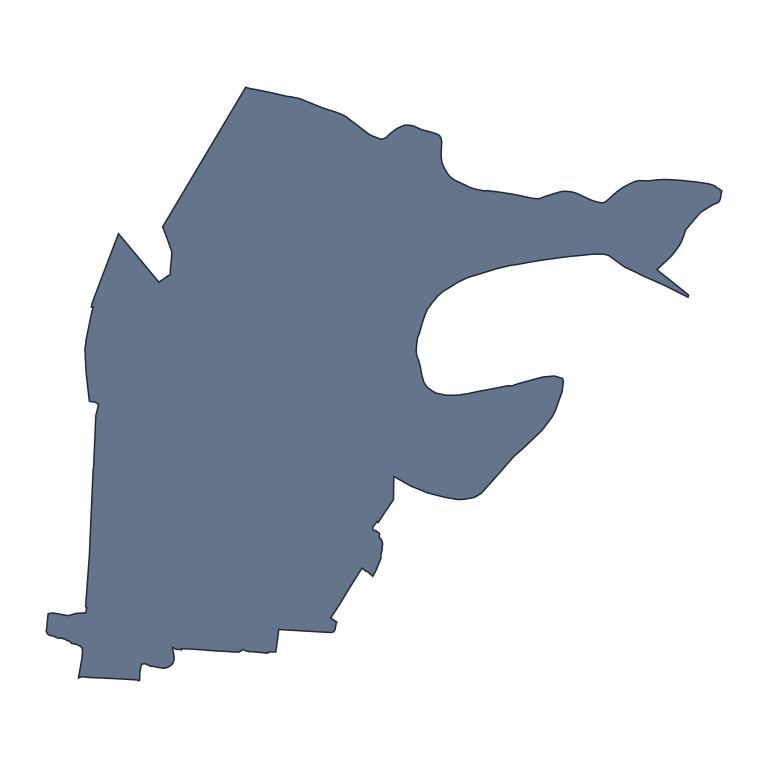 Mahmudia, Tulcea, Romania
{"feature_id": "2599482B4733936429488", "entity_name": "Mahmudia", "entity_type": "district", "adm_level": 2, "iso_a3": "ROU", "parent_name": "Romania", "parent_adm1": "Tulcea", "projection": "albers", "projection_center": [29.111, 45.091], "detail": "fine", "context": "isolated", "style": "filled", "palette": "slate", "viewbox_px": 768, "rotation_deg": 0, "n_neighbors": 0, "source": "geoboundaries", "source_scale": "gbopen_adm2", "svg_char_len": 5090}
<svg xmlns="http://www.w3.org/2000/svg" viewBox="0 0 768 768"><path d="M245.6,87.3L244.5,89.3L222.5,126.3L208.0,150.6L162.6,226.9L162.7,227.2L163.5,229.1L166.9,237.9L170.1,247.0L171.7,251.3L171.8,252.4L171.6,256.5L170.5,268.3L170.2,272.1L170.3,273.8L170.4,274.7L169.9,275.3L169.2,275.6L168.6,275.3L168.3,275.5L164.4,278.5L158.9,282.1L118.5,233.7L107.3,262.9L105.0,269.1L104.2,271.1L93.7,298.9L92.2,303.1L91.3,307.1L92.9,307.2L93.3,307.2L92.5,309.6L92.0,310.9L85.9,340.8L85.9,343.3L85.7,344.2L84.9,348.5L86.1,372.4L89.0,398.4L89.4,401.4L95.6,402.2L96.5,402.9L98.6,404.5L95.9,415.2L95.8,415.6L93.6,467.8L93.6,468.1L93.5,468.7L93.2,468.7L90.0,540.4L89.4,554.8L85.6,606.7L86.7,607.7L85.8,612.8L85.3,612.9L77.9,613.2L74.5,613.8L68.8,615.6L63.2,614.9L56.3,613.5L52.6,613.0L48.1,613.7L48.0,614.1L46.6,629.2L46.1,630.8L47.2,633.6L48.8,634.9L50.3,635.5L52.5,635.9L54.2,636.3L55.7,637.4L58.1,638.0L60.3,638.4L62.5,637.8L63.2,638.9L64.1,638.9L65.0,639.0L67.4,640.8L68.6,640.8L69.4,641.1L70.3,642.0L71.6,643.4L74.3,644.0L77.7,644.7L80.6,646.6L81.9,647.5L82.5,650.6L82.1,657.1L78.5,678.0L81.2,676.9L82.9,676.8L87.8,677.4L91.9,677.6L95.7,677.8L100.2,677.9L104.8,678.2L112.0,678.5L117.5,678.8L125.5,679.2L132.6,679.7L137.0,679.9L138.1,680.6L139.4,680.7L139.6,679.9L139.9,672.0L141.0,666.2L141.5,664.7L142.1,664.2L143.1,663.9L144.2,663.8L145.7,663.9L146.5,664.4L147.6,664.8L149.0,665.4L150.2,666.2L151.5,666.3L153.1,666.4L156.4,667.1L161.8,668.0L164.8,668.2L168.5,667.0L171.4,665.0L172.6,663.5L173.8,660.8L174.3,658.0L172.6,648.2L172.7,647.4L175.9,649.4L180.2,649.4L181.5,649.9L181.6,648.7L188.8,649.0L196.3,649.4L212.7,650.7L221.0,651.2L221.8,651.2L232.8,651.9L238.4,652.1L239.7,651.9L242.7,649.5L245.7,650.8L248.9,651.7L250.1,651.5L267.7,653.2L268.4,652.1L274.6,651.9L275.8,652.0L276.5,647.2L278.8,629.4L280.5,629.6L329.9,632.5L332.0,632.4L333.4,631.9L334.2,631.1L335.0,629.7L336.3,622.9L336.9,622.2L330.7,618.0L334.7,612.0L337.7,607.2L338.4,606.1L339.0,605.2L341.8,600.7L344.9,595.7L347.2,591.7L350.4,586.6L359.4,572.2L362.1,568.0L366.0,571.4L367.3,571.5L372.8,576.3L375.9,570.7L377.1,567.8L381.1,557.9L380.9,557.5L380.8,555.7L381.7,551.4L382.1,550.0L382.1,549.5L382.2,548.1L382.1,546.8L382.2,546.0L382.5,545.2L382.7,543.9L382.0,541.0L381.1,539.1L380.2,538.3L379.3,537.6L379.2,535.2L379.6,534.4L379.6,533.6L378.3,532.4L375.6,530.5L375.1,530.6L374.6,530.5L374.1,530.5L373.7,530.4L373.2,530.0L372.9,529.4L372.8,528.4L372.9,527.4L373.5,526.1L374.5,524.9L376.5,522.4L377.2,521.5L377.8,522.1L378.3,522.5L380.8,518.5L381.9,517.0L383.6,514.1L393.2,500.0L393.5,499.6L393.8,476.5L411.1,486.2L428.1,493.1L445.8,497.5L458.2,499.6L464.3,499.3L474.4,497.4L481.2,493.4L487.2,486.7L492.8,480.5L509.2,461.7L513.7,456.6L523.5,448.0L542.0,430.3L551.9,417.3L555.4,410.6L562.1,391.7L563.4,381.1L562.5,378.5L554.7,376.0L551.8,376.2L542.9,377.0L533.7,379.4L518.5,383.6L511.8,385.9L507.7,385.7L497.2,387.9L481.3,390.8L468.5,393.5L458.4,395.1L449.3,395.3L445.4,395.1L436.0,393.1L432.6,391.2L427.0,387.1L423.8,382.1L421.8,374.8L420.2,366.2L418.8,361.0L416.6,355.0L416.2,349.5L416.9,342.3L417.6,337.4L419.5,333.1L422.3,322.8L425.0,315.0L427.5,309.1L432.6,302.2L437.5,296.3L443.0,291.4L450.4,287.0L458.0,282.2L467.7,277.6L498.4,268.2L509.5,265.6L517.7,264.4L530.7,262.0L542.3,260.1L553.9,258.5L561.0,257.5L571.1,256.3L582.2,255.3L593.0,254.1L602.9,254.2L605.9,254.7L608.6,255.4L611.3,257.4L624.8,267.2L636.1,272.4L642.3,275.6L652.4,280.0L665.5,285.9L685.7,296.1L688.0,297.2L688.5,294.9L656.9,269.7L671.5,255.9L674.8,251.9L679.6,245.1L681.2,242.1L683.5,236.5L685.6,229.9L700.4,212.5L705.6,209.2L712.6,204.9L717.2,203.0L719.1,201.7L720.3,199.0L720.8,196.5L721.2,193.6L721.9,191.0L717.2,187.7L714.0,185.5L708.7,183.8L702.8,182.9L695.8,181.9L689.8,181.3L683.4,180.6L675.9,180.0L669.6,179.6L665.0,179.5L661.4,179.6L657.0,179.8L652.8,180.4L647.8,180.9L639.3,180.6L635.7,181.2L630.7,183.3L622.9,187.5L617.3,191.4L611.6,196.6L605.1,202.1L603.5,202.7L601.9,202.8L598.5,202.3L592.7,200.7L587.4,198.4L577.6,193.7L573.0,192.2L570.0,191.7L566.7,191.3L563.4,191.2L558.9,192.2L552.6,194.1L545.3,196.4L541.0,198.1L538.9,198.7L536.8,198.6L534.5,198.5L531.7,198.2L521.8,196.0L514.4,194.5L511.0,193.9L502.7,192.6L496.3,191.7L491.3,191.1L486.7,190.5L485.4,191.0L483.3,190.7L477.4,189.7L472.1,188.1L468.5,186.9L464.9,184.8L462.7,184.0L459.2,182.2L454.6,180.1L450.5,177.1L447.9,174.1L445.0,169.4L443.2,165.9L441.9,162.0L441.3,158.0L441.1,154.5L441.2,152.8L441.4,148.9L441.7,142.7L441.6,141.6L441.2,138.5L440.1,136.4L438.9,135.0L436.5,133.9L431.8,132.3L426.4,130.9L423.7,130.3L420.1,129.0L417.7,127.9L414.4,126.3L411.5,125.5L407.6,125.1L405.9,125.0L402.8,125.8L400.7,126.7L396.9,128.6L395.0,129.9L392.1,132.1L389.7,134.1L387.6,136.1L386.0,137.6L384.6,138.3L382.8,139.0L381.2,139.1L378.7,138.4L371.3,135.5L368.8,134.1L363.8,130.3L358.0,125.8L350.4,120.1L347.0,117.4L344.1,115.6L341.2,114.2L335.7,112.1L328.4,109.8L323.7,108.2L319.4,106.6L313.0,104.0L306.7,101.4L299.9,98.7L296.9,98.0L291.9,97.0L286.8,96.3L281.7,95.1L273.4,93.2L262.0,90.8L251.9,88.8L250.8,89.0L250.3,88.6L245.7,87.4L245.6,87.3Z" fill="#64748b" stroke="#1e293b" stroke-width="1.5"/></svg>